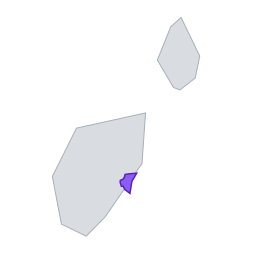 Pembroke on a map of Malta (Equal Earth projection), rotated 78°
{"feature_id": "MLT-5934", "entity_name": "Pembroke", "entity_type": "state/province", "adm_level": 1, "iso_a3": "MLT", "parent_name": "Malta", "parent_adm1": "", "projection": "equal_earth", "projection_center": [14.475, 35.933], "detail": "fine", "context": "in_parent", "style": "filled", "palette": "violet", "viewbox_px": 256, "rotation_deg": 78, "n_neighbors": 0, "source": "natural_earth", "source_scale": "10m", "svg_char_len": 566}
<svg xmlns="http://www.w3.org/2000/svg" viewBox="0 0 256 256"><g transform="rotate(78 128 128)"><path d="M225.1,191.4L208.2,213.1L159.7,212.1L117.4,178.4L116.9,107.7L165.7,121.7L210.4,169.1L225.1,191.4ZM97.9,75.0L67.7,85.2L37.9,65.2L30.9,53.1L72.6,42.9L93.0,51.8L101.6,69.2L97.9,75.0Z" fill="#d9dde1" stroke="#a8b0b8" stroke-width="1"/><path d="M174.0,128.9L181.0,135.3L192.4,139.7L187.4,144.0L183.9,144.8L183.7,146.6L179.5,147.0L177.6,146.4L177.0,143.4L175.2,141.7L172.8,140.5L173.1,136.2L174.0,128.9Z" fill="#8b5cf6" stroke="#5b21b6" stroke-width="1.5"/></g></svg>